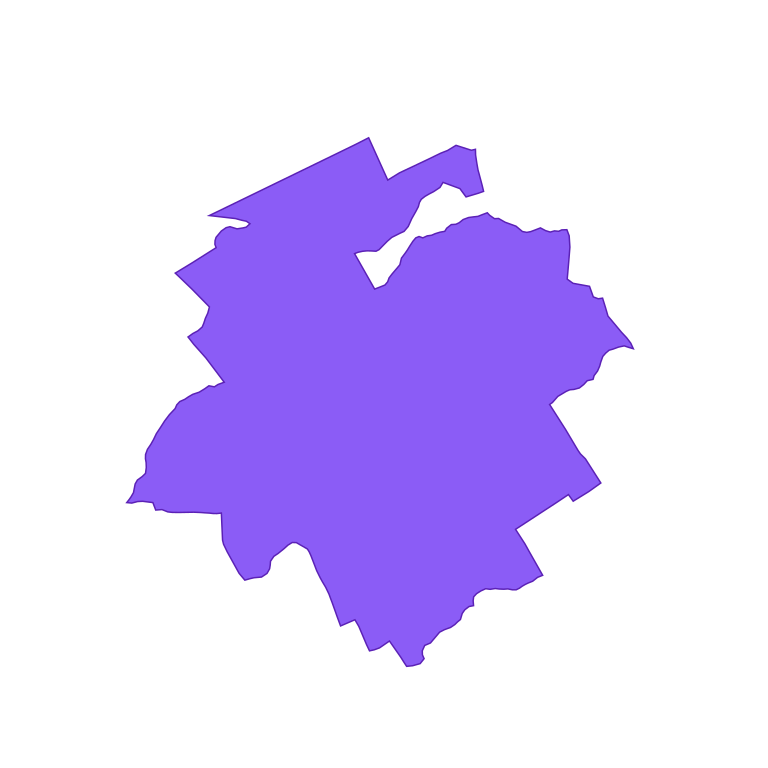 outline of Kiambu, Central, Kenya, rotated 125°
{"feature_id": "3690345B45864022138182", "entity_name": "Kiambu", "entity_type": "district", "adm_level": 2, "iso_a3": "KEN", "parent_name": "Kenya", "parent_adm1": "Central", "projection": "orthographic", "projection_center": [36.843, -1.158], "detail": "fine", "context": "isolated", "style": "filled", "palette": "violet", "viewbox_px": 768, "rotation_deg": 125, "n_neighbors": 0, "source": "geoboundaries", "source_scale": "gbopen_adm2", "svg_char_len": 3771}
<svg xmlns="http://www.w3.org/2000/svg" viewBox="0 0 768 768"><g transform="rotate(125 384 384)"><path d="M212.1,200.0L209.0,205.3L206.9,211.9L205.4,219.1L199.9,239.5L194.5,246.2L188.3,254.2L191.3,257.4L192.6,262.5L186.1,271.7L193.1,286.9L193.0,294.1L186.9,297.6L176.7,303.5L165.3,310.2L156.4,317.3L152.7,322.7L155.8,326.8L158.7,328.5L160.8,332.2L164.2,335.0L165.7,339.6L166.4,345.4L170.9,348.4L175.0,351.2L177.9,354.0L179.7,358.1L179.0,366.4L180.4,371.6L182.0,377.5L182.7,385.1L185.2,388.3L185.2,394.2L184.5,397.6L188.7,400.5L192.8,403.2L195.8,406.6L199.1,410.2L203.9,413.5L208.7,414.9L211.9,416.7L214.8,420.3L220.4,422.0L224.1,421.8L227.5,425.2L231.5,428.3L234.8,430.3L237.9,433.6L242.0,436.0L243.1,439.9L246.1,441.8L250.5,442.2L256.1,442.0L261.0,441.7L264.9,441.7L270.9,441.9L277.2,439.4L282.9,439.9L289.2,440.5L294.2,440.7L298.2,439.6L302.4,440.0L307.0,443.0L311.6,446.1L294.1,482.9L291.1,480.9L287.5,477.6L284.6,474.2L282.4,470.9L279.8,466.7L276.8,465.1L271.9,464.3L265.3,463.2L259.4,461.7L254.4,459.0L251.4,457.4L247.5,455.1L241.1,454.5L232.7,456.1L224.3,456.9L219.0,457.6L214.9,459.1L211.3,459.4L206.7,458.0L202.2,455.9L198.0,453.7L190.9,450.9L185.0,451.3L180.4,433.9L183.7,424.1L173.7,416.2L169.1,412.9L165.1,417.4L157.1,426.9L154.8,429.7L149.9,434.6L143.9,440.3L139.3,443.7L142.4,446.5L147.2,461.9L156.3,465.9L159.6,468.1L162.5,470.0L175.1,477.0L202.1,492.4L214.8,497.9L191.1,537.8L205.9,545.7L308.3,602.6L346.2,623.7L333.7,600.6L331.4,594.3L329.6,590.1L329.6,585.7L334.5,586.8L337.2,589.2L341.2,593.4L343.5,600.4L346.5,603.0L352.0,605.0L356.6,605.4L360.2,605.7L363.5,604.6L366.6,602.6L368.6,599.7L395.6,611.0L412.9,618.6L413.6,613.8L416.4,595.9L421.0,571.2L427.0,569.0L432.6,568.0L437.5,566.5L441.5,565.6L447.3,567.0L452.2,569.5L457.9,571.5L460.6,562.6L464.8,544.9L474.2,515.9L479.6,519.7L483.6,521.3L485.9,526.4L490.7,528.1L496.7,530.7L502.1,534.7L506.6,536.8L510.8,538.4L515.5,541.2L519.9,541.8L523.9,541.0L532.0,542.2L540.2,542.5L547.0,542.2L555.2,542.0L561.9,540.9L567.2,540.4L573.2,540.3L578.5,538.9L582.1,536.5L584.8,533.8L588.8,530.8L594.0,528.1L598.6,529.0L604.1,530.9L608.6,530.5L612.0,529.0L616.7,526.9L621.4,526.5L624.9,526.5L628.7,526.7L626.2,522.3L621.6,518.4L618.5,514.4L613.7,505.3L618.2,498.7L614.2,493.8L612.8,487.8L610.6,483.8L607.0,478.5L598.2,466.4L594.5,460.6L592.3,456.9L589.9,453.0L588.1,449.7L586.0,446.6L583.0,443.2L604.5,426.7L607.3,423.5L611.4,416.2L622.2,394.1L624.5,385.5L620.2,382.0L617.3,379.4L612.4,373.6L606.3,371.2L601.0,371.7L597.5,373.4L594.3,375.3L588.4,375.4L583.4,373.5L576.1,371.4L571.2,370.3L566.5,368.3L564.2,364.8L563.1,352.1L564.4,349.0L566.4,345.6L571.5,338.0L575.5,332.1L579.4,325.0L581.3,321.1L584.0,315.1L587.7,308.5L590.5,304.5L592.8,301.1L598.4,293.2L601.2,289.3L607.1,280.8L593.8,272.6L597.0,265.6L607.5,248.8L610.9,242.8L607.3,239.5L602.7,236.3L591.4,232.1L598.2,213.5L600.6,207.8L602.3,203.5L598.3,198.9L592.3,194.0L586.0,193.6L583.8,197.2L580.6,199.6L574.8,200.7L569.5,197.4L555.4,196.1L550.6,193.6L545.1,189.8L540.4,188.0L536.6,187.3L533.1,186.3L527.1,188.3L522.6,188.3L517.5,186.7L514.2,183.5L510.5,186.6L506.9,188.5L502.6,187.9L498.0,186.0L493.4,183.3L491.3,179.3L487.7,175.5L485.9,172.1L483.4,168.2L480.8,165.0L478.9,160.7L476.8,157.7L473.5,155.9L470.3,154.8L467.1,153.3L464.1,151.6L460.3,149.1L454.3,147.3L449.7,144.3L438.0,168.9L434.1,176.9L427.6,192.9L382.2,174.7L368.8,169.5L371.5,161.8L354.8,154.6L340.7,149.6L329.8,176.0L328.6,183.0L327.2,186.8L317.2,209.0L305.8,236.6L302.5,235.4L294.4,234.5L289.3,232.2L285.5,230.5L282.2,228.5L279.5,225.3L275.2,221.7L269.9,220.1L264.7,219.4L260.3,215.4L256.6,216.7L250.9,216.5L245.6,217.6L241.7,219.0L235.9,220.6L231.5,220.1L227.2,219.0L224.2,216.5L219.3,213.1L215.0,209.1L213.6,204.4L212.1,200.0Z" fill="#8b5cf6" stroke="#5b21b6" stroke-width="1.5"/></g></svg>